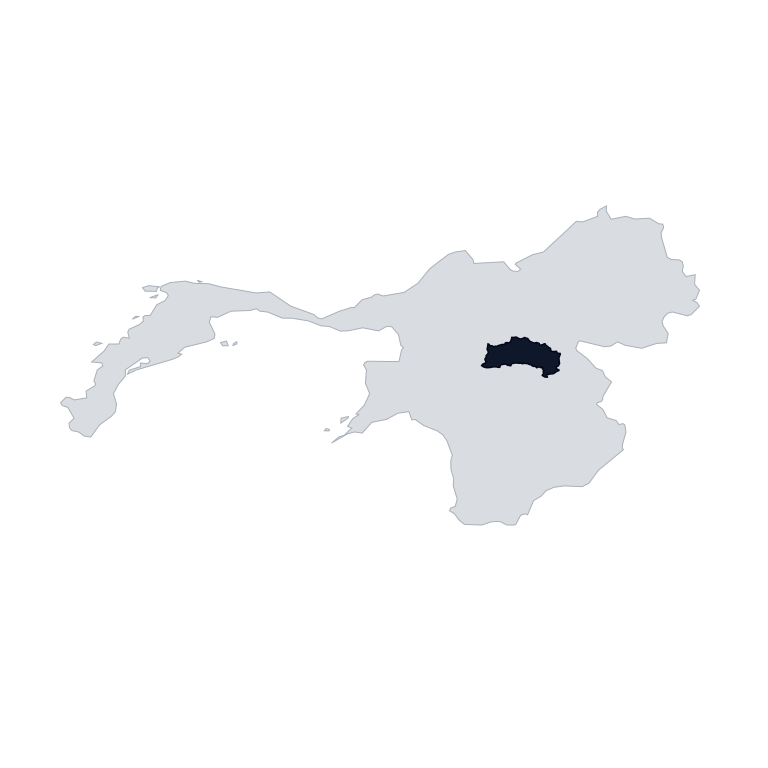 Thailand, with Phetchabun highlighted, rotated 84°
{"feature_id": "THA-402", "entity_name": "Phetchabun", "entity_type": "Province", "adm_level": 1, "iso_a3": "THA", "parent_name": "Thailand", "parent_adm1": "", "projection": "natural_earth1", "projection_center": [101.234, 16.209], "detail": "fine", "context": "in_parent", "style": "filled", "palette": "ink", "viewbox_px": 768, "rotation_deg": 84, "n_neighbors": 0, "source": "natural_earth", "source_scale": "10m", "svg_char_len": 9082}
<svg xmlns="http://www.w3.org/2000/svg" viewBox="0 0 768 768"><g transform="rotate(84 384 384)"><path d="M332.3,65.1L333.0,68.2L335.9,64.1L339.6,62.1L347.0,71.2L347.9,75.1L342.5,89.7L343.3,94.6L346.8,98.6L350.9,101.0L355.3,100.3L363.5,96.1L372.6,98.8L372.1,108.5L375.4,123.9L370.9,139.6L366.5,147.4L369.9,154.2L370.1,160.5L361.4,185.0L363.1,186.9L368.7,189.6L371.0,188.7L380.1,179.1L390.3,171.6L393.6,165.3L400.0,163.2L405.7,157.5L419.0,167.4L422.5,168.3L424.2,169.9L424.9,174.0L426.5,174.7L432.0,169.1L441.0,165.5L444.6,157.0L448.9,154.5L448.4,150.4L449.8,148.8L457.2,148.4L468.5,152.9L472.5,153.8L474.3,152.7L492.3,179.9L503.9,190.3L506.8,197.4L504.2,215.6L504.5,226.0L507.1,234.0L512.0,239.5L515.6,247.4L529.1,254.9L527.9,256.9L528.8,261.8L537.2,267.5L537.9,269.4L537.0,276.8L533.2,282.4L532.4,286.9L532.4,292.6L534.5,301.1L532.0,318.8L527.0,323.7L520.6,327.3L517.0,332.0L514.4,330.8L513.1,325.9L506.0,323.2L492.2,325.8L485.4,324.6L476.2,326.3L467.2,325.6L461.9,323.5L446.9,327.4L440.6,330.9L436.1,336.0L429.4,348.9L422.5,356.8L422.6,360.1L414.1,362.1L414.5,373.1L419.4,385.1L420.9,400.2L430.5,410.8L428.6,418.3L429.8,425.6L437.2,442.3L431.9,434.4L430.8,428.9L424.4,420.6L422.4,424.7L415.0,418.4L411.9,412.2L410.8,415.0L403.4,406.2L396.0,401.5L391.8,399.3L381.4,402.4L368.1,400.0L363.0,402.3L360.9,400.9L359.6,398.2L363.3,366.8L351.8,362.9L349.8,360.9L347.4,363.2L336.1,364.5L327.9,370.3L326.9,375.1L330.6,383.7L325.9,399.3L327.4,414.0L326.8,422.0L321.1,432.3L319.6,440.5L313.2,453.0L308.9,468.8L307.9,478.1L300.3,492.1L298.5,500.0L295.8,503.0L296.9,509.3L295.6,528.6L300.3,542.5L299.0,549.1L304.3,551.3L316.7,546.9L320.9,548.1L323.5,555.7L326.7,578.6L331.9,585.7L333.2,582.1L335.6,585.8L337.5,592.6L344.1,628.7L347.5,638.1L343.5,635.8L341.3,624.4L337.7,624.0L339.0,616.8L336.7,614.2L333.0,616.2L333.1,621.9L342.9,639.8L349.1,640.4L356.8,648.3L365.3,654.1L376.0,652.1L383.4,653.9L387.8,658.8L394.8,671.0L406.1,681.2L404.4,687.5L399.9,692.6L397.6,699.4L394.4,701.4L390.2,701.4L385.6,695.8L374.3,700.9L371.8,706.2L368.9,707.6L364.0,701.7L364.4,698.5L367.5,693.6L366.7,681.1L359.9,681.0L355.4,671.6L353.9,670.7L350.7,672.2L340.0,667.7L336.8,661.9L333.6,662.4L331.5,672.4L322.0,659.0L315.5,653.4L316.5,643.4L312.0,641.3L310.2,638.5L311.8,632.5L305.7,633.4L302.9,631.8L299.3,621.0L296.3,616.7L292.3,616.7L291.0,614.6L291.3,609.3L281.4,601.7L278.3,593.1L273.6,589.3L270.6,590.5L267.6,596.6L265.4,596.2L263.3,594.5L260.8,585.9L260.9,570.8L264.1,562.0L265.9,548.0L270.4,536.1L280.1,501.6L280.5,488.0L296.8,468.6L307.6,446.4L311.2,443.2L312.7,439.1L307.1,421.2L304.5,408.8L304.9,405.5L298.0,397.1L296.3,387.4L294.5,384.4L293.8,381.2L296.4,375.5L295.0,354.4L287.4,339.8L273.9,326.2L261.8,306.3L260.2,299.2L259.8,289.2L269.6,282.5L273.5,282.1L275.0,252.2L283.4,246.5L285.2,244.0L286.0,239.0L284.1,236.1L278.6,241.0L277.5,239.9L270.8,222.3L269.4,211.6L242.3,175.6L243.6,169.6L239.6,154.0L235.6,153.8L232.9,151.0L230.1,144.0L235.3,144.9L243.9,140.9L242.5,125.9L246.2,117.2L246.8,102.7L253.3,94.2L254.2,90.0L257.7,89.5L262.5,92.6L267.4,92.7L287.6,89.0L290.2,85.1L291.5,77.2L293.5,74.7L298.0,74.0L303.2,75.6L308.7,72.4L307.8,63.1L317.4,64.7L323.7,60.4L332.3,65.1ZM268.1,600.6L266.7,611.9L262.9,614.1L261.6,607.6L263.9,597.1L265.0,599.5L268.1,600.6ZM329.7,535.0L329.1,540.5L325.7,542.2L324.8,536.2L329.7,535.0ZM414.1,423.3L418.3,431.0L413.5,430.3L412.6,422.8L414.1,423.3ZM314.3,668.9L312.2,665.7L314.0,660.5L315.7,666.8L314.3,668.9ZM274.5,601.9L273.6,608.0L271.7,599.6L274.5,601.9ZM329.9,530.2L328.1,529.5L326.5,526.0L328.7,526.1L329.9,530.2ZM291.1,620.2L293.3,627.5L290.8,624.1L291.1,620.2ZM424.9,443.6L424.3,448.2L422.2,446.3L423.5,443.0L424.9,443.6ZM263.6,557.1L261.3,558.9L263.2,554.6L263.6,557.1Z" fill="#d9dde1" stroke="#a8b0b8" stroke-width="1"/><path d="M394.2,220.8L394.1,221.9L394.1,222.1L394.1,222.3L394.1,222.6L393.6,223.7L392.9,224.5L392.7,225.0L392.4,225.1L392.2,225.3L392.1,225.5L391.9,225.7L391.5,225.5L391.3,225.3L390.7,224.6L390.5,224.4L390.3,224.3L389.8,224.2L389.3,224.2L388.9,224.3L388.5,224.4L388.3,224.4L388.2,224.4L387.9,224.3L387.8,224.2L387.7,224.2L387.5,223.8L387.4,223.7L387.2,223.5L386.9,223.6L386.5,223.9L386.2,224.1L386.0,224.3L385.7,224.8L385.4,225.0L385.2,225.0L384.9,224.9L384.6,224.6L384.4,224.5L384.2,224.5L383.9,224.6L383.8,224.8L383.7,225.0L383.7,225.3L383.7,225.7L383.8,225.9L383.8,226.1L384.0,226.4L384.0,226.5L384.0,226.8L383.8,227.1L383.7,227.3L383.4,227.4L383.4,227.5L383.3,228.1L383.2,228.9L383.3,229.3L383.3,229.5L383.7,229.9L383.8,230.1L383.8,230.4L383.7,230.6L383.1,231.0L382.7,231.3L382.2,231.6L382.1,231.8L382.0,232.0L382.2,232.8L382.2,233.1L382.2,233.3L382.0,233.6L381.9,233.8L381.8,234.0L381.6,234.2L381.5,234.4L381.3,234.9L381.2,235.0L380.8,235.4L380.1,236.2L379.9,236.4L379.7,236.6L379.7,236.9L379.7,237.1L379.8,237.4L379.7,237.6L379.6,237.8L379.5,238.0L379.4,238.1L379.1,238.4L378.9,238.6L378.2,242.0L378.1,242.3L378.0,242.6L377.8,242.8L377.7,242.9L377.7,243.0L377.8,243.2L378.0,243.5L378.3,243.7L378.4,243.9L378.4,244.1L378.2,244.5L378.0,244.9L377.8,245.0L377.7,245.2L377.6,245.4L377.6,245.6L377.6,245.8L377.6,246.2L377.6,246.6L376.8,251.1L376.8,251.4L377.0,253.7L377.2,254.4L377.3,254.9L377.5,255.2L377.5,255.3L377.9,255.5L378.1,255.6L378.5,255.7L378.8,255.8L379.0,255.9L379.1,256.0L379.1,256.4L378.7,257.4L378.4,258.9L378.2,259.3L378.1,259.5L377.9,259.7L377.7,259.9L377.4,260.1L377.2,260.3L377.1,260.6L376.9,260.9L376.9,261.3L377.0,265.2L377.1,265.4L377.2,265.7L377.2,265.8L378.1,266.6L378.3,266.8L378.8,266.8L379.1,266.8L379.3,267.0L379.4,267.3L379.5,267.4L379.5,267.6L379.5,267.9L379.4,268.4L378.8,270.3L378.5,271.9L378.4,273.8L378.4,274.1L378.5,274.8L378.6,275.5L378.7,276.3L378.7,278.0L378.6,279.0L378.6,280.0L378.5,280.4L377.5,283.0L377.2,283.5L375.9,285.0L374.5,283.6L374.2,283.1L374.2,282.5L374.2,282.2L374.1,281.9L373.8,281.2L373.6,280.9L373.4,280.7L373.0,280.7L372.1,280.4L371.9,280.4L371.8,280.5L370.9,280.9L370.5,281.0L370.0,281.0L369.5,280.9L369.3,280.7L369.1,280.6L368.2,279.7L367.8,279.5L367.6,279.5L367.0,279.6L366.8,279.6L366.6,279.5L366.4,279.4L366.3,279.2L366.0,278.8L364.2,277.2L363.9,277.1L363.7,277.0L363.1,277.0L362.0,277.2L360.4,277.8L360.1,277.8L359.9,277.8L358.3,277.2L355.0,276.4L355.3,275.6L355.6,275.3L356.2,275.1L356.3,275.0L356.4,274.9L356.5,274.8L356.9,274.4L357.1,274.0L357.1,273.9L357.3,273.0L357.4,272.4L357.4,272.2L357.5,272.1L358.4,270.9L358.5,270.8L358.5,270.6L358.4,270.3L358.0,269.4L358.0,269.2L358.1,268.9L358.4,268.5L358.4,268.4L358.4,268.2L358.3,267.9L357.9,267.0L357.6,265.6L357.1,263.0L357.0,261.8L357.1,261.6L357.2,261.1L357.2,260.8L357.2,260.4L357.2,260.2L357.0,259.9L356.7,259.5L356.5,259.4L356.3,259.3L355.9,259.1L355.8,258.9L355.7,258.7L355.6,257.4L356.1,255.6L356.2,255.0L356.1,254.8L355.5,254.2L355.0,253.9L354.7,253.7L353.8,253.1L353.6,252.9L351.0,252.1L350.9,252.0L350.9,251.9L351.1,251.4L351.2,250.1L351.2,249.9L351.1,248.3L351.1,248.1L351.1,247.9L351.2,247.5L351.5,247.0L353.1,244.7L353.3,244.2L353.4,243.7L353.5,243.4L353.5,243.1L353.5,242.9L353.1,241.2L352.4,239.2L353.3,237.8L353.5,237.0L353.6,236.6L353.7,236.3L353.8,236.2L354.5,236.0L355.1,235.7L356.2,234.8L356.5,234.6L357.0,234.5L357.1,234.4L357.1,234.1L357.2,233.7L357.5,233.2L358.7,231.0L358.9,230.5L358.9,230.3L359.0,230.1L359.0,229.9L358.9,229.6L358.8,229.0L358.7,228.5L358.7,228.3L358.7,228.0L359.3,226.5L359.4,226.2L359.5,226.0L360.0,225.4L360.3,225.3L360.6,225.2L360.9,225.2L361.1,225.1L361.3,225.0L361.9,224.5L362.0,224.3L362.0,224.1L361.9,224.0L361.7,223.7L361.6,223.4L361.5,223.2L361.6,222.7L361.5,222.3L361.3,222.0L361.3,221.9L361.3,221.7L361.3,221.4L361.1,221.1L360.9,220.8L360.8,220.7L360.8,220.4L360.8,219.8L361.0,219.6L361.1,219.4L361.3,219.4L361.5,219.3L361.9,219.3L362.1,219.2L362.9,218.2L363.4,217.8L363.9,217.2L364.0,217.0L364.4,216.9L364.6,216.7L364.9,216.3L366.0,214.7L366.3,214.6L367.2,214.7L368.4,214.6L368.5,214.4L368.7,214.1L368.8,213.9L369.1,213.8L369.3,213.6L369.3,213.3L369.3,212.6L369.3,212.4L369.4,212.1L369.5,211.6L369.6,211.0L369.6,210.8L369.6,210.6L369.4,210.1L369.4,209.9L369.4,209.7L369.5,209.2L369.7,208.9L369.9,208.9L370.1,208.9L370.3,208.9L370.6,208.9L370.9,208.8L371.0,208.7L371.2,208.3L371.3,208.2L371.5,207.7L371.8,207.4L371.8,207.2L371.9,206.9L372.0,206.6L372.0,206.4L371.9,206.1L372.0,205.8L372.0,205.7L372.6,205.5L373.5,205.9L374.9,206.6L376.1,207.1L376.4,207.5L376.5,207.6L376.9,207.7L377.3,207.4L377.6,207.3L377.9,207.3L378.0,207.3L378.8,207.5L379.1,207.5L379.4,207.4L379.5,207.3L379.6,207.2L379.8,207.2L380.0,207.3L380.4,207.5L380.6,207.6L380.8,207.6L381.5,207.2L381.9,207.2L382.2,207.4L383.3,208.2L383.4,208.3L384.0,208.4L384.1,208.5L384.9,210.5L385.0,210.6L385.4,210.8L385.7,210.9L385.9,210.9L386.2,210.8L386.4,210.8L386.6,210.7L387.1,210.4L387.3,210.2L387.5,209.9L387.6,209.6L387.7,209.3L388.0,208.9L388.2,208.7L388.4,208.5L388.5,208.5L388.9,208.7L389.1,209.6L390.2,212.3L390.3,212.5L391.0,213.3L391.1,213.5L391.3,214.1L391.4,214.8L391.5,215.4L391.4,217.9L391.4,218.1L391.7,218.9L391.7,219.1L391.7,219.3L391.5,219.9L391.5,220.3L391.5,220.5L391.6,220.8L391.7,221.0L391.9,221.1L392.0,221.1L392.6,221.1L394.2,220.8Z" fill="#0f172a" stroke="#020617" stroke-width="1.5"/></g></svg>